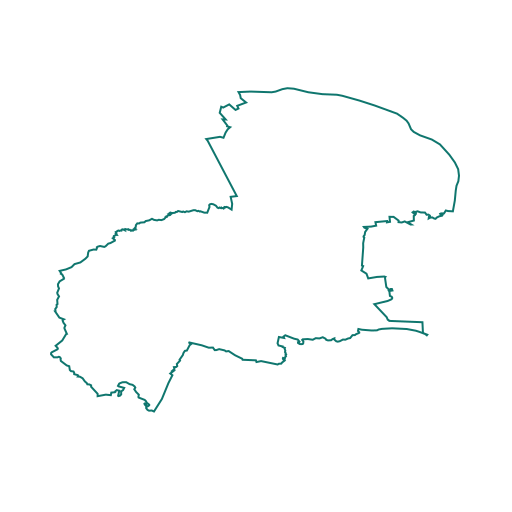 Krāslavas pag., Kraslavas, Latvia (Robinson projection), rotated 195°
{"feature_id": "27541924B24537729982131", "entity_name": "Krāslavas pag.", "entity_type": "district", "adm_level": 2, "iso_a3": "LVA", "parent_name": "Latvia", "parent_adm1": "Kraslavas", "projection": "robinson", "projection_center": [27.246, 55.909], "detail": "fine", "context": "isolated", "style": "outline", "palette": "teal", "viewbox_px": 512, "rotation_deg": 195, "n_neighbors": 0, "source": "geoboundaries", "source_scale": "gbopen_adm2", "svg_char_len": 6051}
<svg xmlns="http://www.w3.org/2000/svg" viewBox="0 0 512 512"><g transform="rotate(195 256 256)"><path d="M411.9,220.8L414.6,220.2L418.7,217.8L419.0,216.0L418.5,212.0L420.1,209.2L424.0,204.3L429.2,201.2L431.3,197.5L436.0,193.9L441.8,190.8L439.6,188.8L439.8,188.3L438.2,187.8L435.8,185.1L436.0,184.8L435.7,184.2L439.1,180.7L440.0,177.5L439.3,175.4L437.9,173.7L438.5,169.0L437.8,167.8L435.8,166.0L436.7,162.2L435.3,158.2L436.0,157.3L435.3,155.1L436.2,152.8L435.2,150.5L435.6,150.4L430.0,145.6L425.2,145.1L426.1,144.2L426.1,143.6L424.7,141.7L422.1,139.7L422.5,137.2L422.3,136.5L418.6,131.9L419.1,131.7L421.3,124.2L426.3,117.4L423.9,115.9L423.4,115.1L423.7,114.4L428.4,110.1L428.8,109.2L428.5,108.0L425.0,105.8L421.6,106.7L420.4,107.6L419.5,107.6L418.1,106.6L418.0,105.5L417.3,104.1L410.5,101.3L407.9,101.2L406.3,97.7L404.9,96.9L402.4,97.2L401.5,96.3L401.0,94.8L397.3,94.8L396.4,94.1L396.7,93.5L394.7,93.8L391.8,93.0L388.9,90.6L386.5,89.4L385.7,88.4L383.8,88.8L381.8,88.4L381.4,87.0L373.3,81.9L372.7,79.6L365.2,83.2L360.2,84.0L360.4,86.6L357.0,87.9L356.7,88.3L356.9,88.8L355.8,90.4L353.2,90.5L353.0,85.3L352.5,85.1L351.2,85.9L350.4,87.4L351.2,90.3L349.7,92.1L349.2,94.5L354.9,94.5L355.7,94.8L355.1,97.3L354.6,97.8L352.3,99.5L348.7,100.5L344.9,99.5L341.9,99.6L339.5,98.6L338.5,97.6L339.1,95.8L336.6,93.6L333.3,91.7L333.1,89.4L332.7,88.9L326.3,88.2L324.6,87.2L323.6,86.0L320.8,84.8L320.5,84.5L320.7,83.9L321.8,82.6L322.9,82.8L323.6,84.0L325.2,84.8L325.5,84.5L325.1,83.8L323.1,82.5L322.7,80.6L321.0,79.3L319.3,78.9L316.7,79.8L314.3,79.4L309.9,93.5L307.7,110.6L305.9,119.2L308.4,120.3L305.8,123.7L307.0,123.6L305.5,125.8L306.5,127.4L304.3,128.2L303.6,129.3L304.5,131.2L302.3,135.3L303.0,136.0L301.0,141.5L301.0,143.3L300.5,145.0L300.1,146.0L298.3,146.8L297.0,152.7L295.9,154.1L298.8,155.2L285.2,155.7L277.9,155.2L273.9,156.4L271.5,154.4L269.9,154.9L267.5,156.5L261.9,156.7L260.2,156.1L257.8,157.1L250.5,154.7L242.8,153.2L242.1,152.3L229.1,155.2L228.1,153.7L223.9,155.8L207.0,156.8L206.1,157.8L203.7,158.6L203.3,159.8L201.3,162.4L203.0,163.2L203.6,164.2L203.5,164.6L201.6,164.4L201.7,165.8L201.1,166.9L201.5,167.3L202.3,167.2L201.6,167.7L201.4,168.7L202.1,169.0L202.2,169.9L203.1,170.7L203.2,172.2L204.4,173.9L204.3,174.7L206.9,175.0L207.3,175.2L207.2,175.5L211.1,175.4L212.6,177.3L212.9,183.7L207.7,184.1L208.6,185.2L207.2,187.0L197.9,186.0L194.1,186.1L191.8,184.5L192.0,183.9L193.1,183.5L192.8,182.8L190.9,182.3L189.3,182.6L188.1,183.1L187.8,183.9L188.1,185.7L189.7,186.9L189.3,187.6L184.5,189.2L179.5,189.8L177.0,192.1L173.4,192.8L170.5,194.8L167.4,194.1L166.5,193.2L164.6,193.1L161.6,194.1L160.6,195.5L159.0,196.7L158.8,195.6L156.4,194.4L154.9,194.4L153.0,195.4L150.4,197.8L148.0,198.3L145.8,200.1L143.8,201.1L142.3,204.5L140.0,205.2L139.1,206.4L137.0,208.0L136.4,208.6L136.5,209.0L138.1,210.0L138.2,212.0L134.6,212.2L124.9,214.0L119.9,215.5L118.4,216.8L115.5,218.2L105.8,221.4L91.4,224.5L82.3,225.2L78.3,225.0L72.4,224.4L70.5,223.6L70.2,224.3L74.0,224.7L75.0,225.4L78.1,235.1L110.5,227.8L111.4,228.5L112.2,228.5L113.9,230.7L129.2,240.1L117.1,246.7L114.2,249.0L113.5,250.1L113.6,250.9L114.4,251.8L116.3,252.1L118.0,256.3L118.4,256.6L115.3,258.0L116.2,259.3L117.2,259.0L116.9,258.5L118.7,257.8L122.1,259.8L125.5,267.7L125.9,269.0L125.7,269.3L126.7,269.4L133.7,267.1L141.8,263.4L144.7,267.5L150.5,269.3L149.9,274.0L151.2,274.2L154.6,291.9L155.8,296.1L156.2,301.8L156.9,302.1L157.2,302.8L156.5,304.4L156.8,307.5L155.4,311.1L158.6,311.4L159.3,312.0L152.4,314.2L147.8,316.4L149.4,319.6L138.4,323.7L138.2,322.4L135.4,323.7L137.2,328.4L133.2,329.4L127.4,327.1L127.1,325.6L123.9,326.1L121.3,327.9L114.8,326.4L114.2,326.6L118.4,327.8L112.7,331.1L114.0,335.5L113.0,336.7L113.0,337.2L116.0,338.7L115.1,339.8L112.7,338.9L113.0,340.1L111.5,341.0L108.3,340.7L104.0,341.7L101.9,340.0L100.2,340.6L98.5,340.0L98.2,339.5L99.1,338.6L98.9,337.0L97.9,338.0L95.7,338.9L93.5,338.3L92.2,338.4L91.3,340.0L89.2,341.8L86.7,343.1L86.4,344.1L86.9,344.4L88.7,344.1L89.0,344.4L88.2,345.1L85.4,345.8L84.4,349.1L82.2,349.1L77.4,350.1L78.3,360.9L80.0,371.0L80.5,375.8L79.9,380.6L80.7,386.1L83.2,392.2L88.1,397.8L95.4,403.8L107.2,411.4L116.3,414.0L128.8,415.0L135.8,416.7L139.0,418.5L142.9,423.5L145.6,425.7L149.6,427.5L156.6,430.0L180.4,432.1L196.3,432.9L214.1,433.1L219.6,432.7L233.8,429.5L247.9,427.7L262.7,427.4L269.1,426.2L273.7,424.0L279.6,419.9L283.3,418.2L303.9,413.4L315.3,409.8L313.0,407.4L311.6,404.5L305.3,401.7L313.0,396.2L311.1,393.9L313.6,391.8L321.1,395.5L326.1,390.9L328.2,391.2L328.1,384.9L320.6,380.0L323.6,379.3L317.5,374.6L317.5,373.8L314.3,373.7L316.1,371.1L317.3,367.4L318.0,361.8L321.6,361.8L334.3,356.1L332.5,354.8L290.1,308.9L295.8,306.6L292.5,300.2L291.6,294.5L295.6,295.7L297.2,295.8L298.4,294.8L298.7,295.3L299.2,295.2L299.6,293.5L300.4,293.8L301.6,293.3L302.1,293.7L302.4,293.2L303.8,293.4L304.4,292.6L305.7,292.7L307.7,294.2L310.6,294.9L312.5,294.8L313.8,294.1L314.4,293.0L313.6,291.3L314.3,285.2L317.2,284.5L321.3,284.8L321.7,284.4L323.3,284.7L324.2,284.1L326.5,284.5L328.2,284.1L332.5,281.4L334.6,281.2L336.0,279.9L337.9,280.1L338.6,279.4L342.9,279.3L343.8,278.1L344.9,277.8L345.1,277.2L345.9,276.6L348.4,275.7L350.0,275.8L350.6,275.0L349.5,274.4L351.1,273.7L350.1,273.1L351.9,272.1L352.2,271.2L352.6,271.1L352.4,270.6L353.4,270.2L353.3,269.9L354.3,267.9L356.6,266.2L359.3,265.8L360.7,264.8L363.9,264.5L366.1,265.0L368.4,262.8L371.6,261.2L372.5,259.7L376.4,258.3L377.3,257.2L379.1,256.8L380.0,254.7L379.7,253.1L380.1,252.1L379.7,251.8L380.3,251.1L379.5,251.2L379.3,250.7L380.5,250.7L380.5,250.2L379.8,250.1L381.1,249.3L381.4,248.6L382.9,248.6L383.3,248.0L384.7,248.7L385.8,248.3L386.4,248.8L387.5,248.2L389.3,248.2L389.4,247.7L390.3,247.4L389.9,247.0L391.6,247.3L392.3,246.9L392.5,245.7L393.5,245.6L394.3,244.9L395.5,245.0L396.4,244.3L396.4,243.9L397.7,242.8L396.5,241.3L397.0,241.0L396.2,240.4L397.0,240.3L397.0,239.7L398.5,238.5L398.5,237.7L397.9,237.2L398.9,236.1L396.4,234.9L396.3,234.3L400.0,230.8L401.9,229.7L403.8,226.5L404.9,225.5L409.2,225.3L411.1,224.2L412.0,223.3L411.7,222.3L411.9,220.8Z" fill="none" stroke="#0f766e" stroke-width="2"/></g></svg>